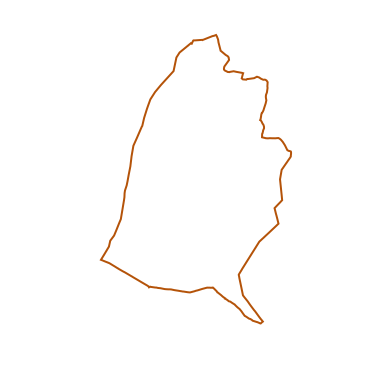 San Pedro Jicayán, Oaxaca, Mexico, rotated 74°
{"feature_id": "50627088B38884346620814", "entity_name": "San Pedro Jicayán", "entity_type": "district", "adm_level": 2, "iso_a3": "MEX", "parent_name": "Mexico", "parent_adm1": "Oaxaca", "projection": "albers", "projection_center": [-98.034, 16.464], "detail": "fine", "context": "isolated", "style": "outline", "palette": "amber", "viewbox_px": 384, "rotation_deg": 74, "n_neighbors": 0, "source": "geoboundaries", "source_scale": "gbopen_adm2", "svg_char_len": 3356}
<svg xmlns="http://www.w3.org/2000/svg" viewBox="0 0 384 384"><g transform="rotate(74 192 192)"><path d="M336.1,159.6L334.6,160.2L333.3,160.8L331.5,161.5L331.3,161.6L323.9,164.3L322.9,164.8L318.5,166.5L315.8,167.5L312.5,168.6L307.7,170.6L305.4,171.5L298.9,171.0L296.2,170.8L287.9,170.2L286.2,170.0L284.5,169.9L283.8,169.3L280.5,165.7L279.7,164.9L275.5,160.2L275.4,160.1L258.3,141.0L251.8,128.2L246.3,117.6L246.2,117.6L241.5,117.4L237.7,117.3L236.0,117.3L230.9,117.1L230.3,117.1L229.7,116.1L229.4,115.6L227.7,112.7L226.4,110.4L225.5,108.9L224.7,107.6L220.4,106.8L204.1,103.9L195.4,99.7L185.5,87.6L184.8,87.1L184.0,86.9L182.7,86.3L181.4,85.9L180.6,85.8L180.2,85.9L179.3,87.3L179.2,87.6L178.1,88.8L177.8,88.8L177.1,89.0L172.7,89.8L168.7,91.0L168.1,91.3L166.3,92.1L165.0,93.0L164.0,94.0L163.9,94.2L163.3,97.3L161.6,102.8L161.4,104.1L160.7,106.1L158.7,109.6L155.6,108.6L155.3,108.4L155.0,108.0L154.5,107.8L153.6,107.2L152.5,106.7L150.6,105.2L149.2,104.8L147.9,104.8L147.5,104.8L146.7,104.9L145.9,105.3L144.8,105.5L144.4,105.5L141.7,106.2L141.8,106.3L141.6,106.6L141.2,106.3L140.9,106.1L140.7,105.9L138.2,104.7L137.0,104.2L136.1,103.7L135.4,103.2L135.5,103.0L134.1,101.6L133.2,100.8L131.8,99.9L129.7,98.5L127.2,96.8L125.2,95.7L124.5,95.3L123.9,95.2L122.8,95.1L121.8,95.0L120.2,94.6L118.9,94.0L116.9,92.5L112.8,90.7L111.1,90.4L107.8,89.2L107.3,89.0L105.4,89.6L104.4,90.5L104.1,91.0L103.9,91.8L103.8,92.4L103.4,93.0L102.1,94.5L100.4,95.9L99.1,97.8L99.7,100.9L98.9,106.6L98.6,107.9L99.0,108.8L97.8,112.0L96.5,112.9L92.3,110.4L91.9,110.1L91.3,111.0L88.8,116.1L87.4,118.7L87.1,121.5L87.0,122.5L87.1,122.9L86.5,124.5L84.2,127.0L83.1,127.5L81.9,127.2L80.3,126.3L76.2,121.1L75.3,120.0L72.7,119.7L72.1,119.9L71.2,120.3L69.6,121.8L64.0,125.6L63.3,125.5L55.5,125.3L52.6,124.9L49.2,125.2L47.7,125.6L47.9,127.7L47.8,129.5L48.5,136.6L48.8,139.7L48.7,139.7L47.1,147.3L46.7,148.8L46.8,149.1L47.0,149.3L49.4,151.4L48.9,152.0L48.7,152.1L54.5,165.5L58.4,169.9L70.7,176.4L80.6,192.4L85.7,199.9L91.5,206.5L96.6,210.2L99.7,212.4L107.6,217.6L114.8,221.6L115.4,222.3L124.9,230.1L131.4,235.6L140.9,240.2L150.4,244.2L158.0,248.1L163.9,251.0L167.7,253.0L172.1,256.0L174.5,257.1L178.4,258.4L181.3,259.7L198.5,267.9L201.6,270.4L208.3,275.6L212.4,278.9L216.3,284.0L221.6,286.9L227.6,293.3L232.1,298.2L237.7,291.0L245.9,283.5L248.7,280.8L250.1,279.4L250.2,279.2L252.4,277.1L256.2,273.5L256.9,272.8L257.6,272.2L261.7,268.3L265.0,265.2L269.6,260.8L270.8,259.8L271.8,259.6L271.5,258.3L271.8,257.9L273.6,253.9L273.9,252.9L274.7,251.4L274.8,251.3L275.8,248.8L277.7,245.2L277.8,245.0L278.7,242.6L279.8,239.1L281.4,236.1L281.6,235.7L283.5,231.6L284.3,230.0L284.5,229.5L285.0,228.6L285.4,227.5L286.9,224.3L287.8,222.2L288.0,221.4L288.1,216.9L288.0,215.4L288.1,213.9L288.0,208.8L288.1,203.8L289.7,198.7L290.0,198.2L289.9,198.1L290.8,197.5L294.3,195.6L295.4,195.3L295.5,195.1L299.1,192.5L301.2,191.2L303.2,189.6L303.3,189.5L303.6,189.7L304.2,189.0L305.8,187.6L307.1,186.8L308.0,185.3L309.1,184.5L309.2,184.4L310.7,183.1L311.9,182.0L312.0,182.0L314.7,180.5L314.8,180.4L315.2,180.2L316.8,179.1L317.6,178.5L318.6,178.1L319.9,177.5L323.1,176.4L323.9,176.1L324.7,175.8L325.6,175.5L325.9,175.1L327.1,174.0L328.2,173.1L329.4,172.1L330.2,170.9L331.5,169.7L332.4,169.2L335.2,165.0L335.2,164.9L336.3,163.6L337.0,162.8L337.3,162.2L336.5,160.6L336.1,159.6Z" fill="none" stroke="#b45309" stroke-width="2"/></g></svg>